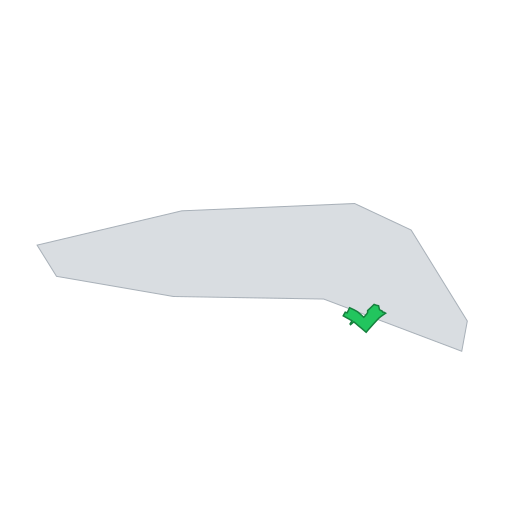 Senala, Tuvalu (highlighted), rotated 278°
{"feature_id": "33948139B62945669535509", "entity_name": "Senala", "entity_type": "district", "adm_level": 2, "iso_a3": "TUV", "parent_name": "Tuvalu", "parent_adm1": "", "projection": "albers", "projection_center": [179.199, -8.519], "detail": "fine", "context": "in_parent", "style": "filled", "palette": "green", "viewbox_px": 512, "rotation_deg": 278, "n_neighbors": 0, "source": "geoboundaries", "source_scale": "gbopen_adm2", "svg_char_len": 807}
<svg xmlns="http://www.w3.org/2000/svg" viewBox="0 0 512 512"><g transform="rotate(278 256 256)"><path d="M303.3,406.0L221.0,474.3L190.3,473.0L222.8,329.0L204.4,179.9L208.1,61.3L236.3,37.7L290.4,176.2L321.7,346.3L303.3,406.0Z" fill="#d9dde1" stroke="#a8b0b8" stroke-width="1"/><path d="M208.9,350.7L205.2,360.1L201.8,358.6L201.2,359.2L204.4,362.0L202.9,364.5L201.1,367.2L199.2,370.4L195.8,375.7L198.7,377.5L200.6,378.8L203.9,381.0L206.1,382.5L211.7,386.4L213.6,388.2L215.5,390.2L217.4,392.3L218.2,390.3L218.0,389.3L219.2,388.4L219.7,386.3L220.4,385.6L223.8,384.3L224.0,381.8L224.5,379.7L220.7,376.7L217.5,374.1L215.7,374.4L214.5,374.0L211.5,372.1L210.3,371.2L213.2,367.1L215.0,364.1L216.4,360.5L217.8,355.9L212.4,354.2L212.8,352.2L208.9,350.7Z" fill="#22c55e" stroke="#15803d" stroke-width="1.5"/></g></svg>